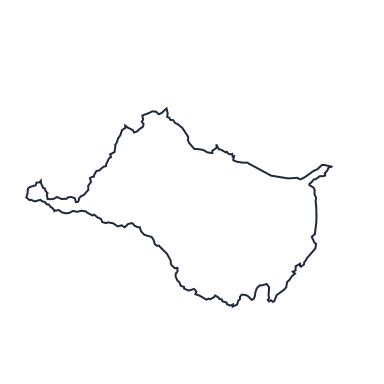 outline of Orocovis, Puerto Rico, rotated 37°
{"feature_id": "32010507B68011232458605", "entity_name": "Orocovis", "entity_type": "district", "adm_level": 2, "iso_a3": "PRI", "parent_name": "Puerto Rico", "parent_adm1": "", "projection": "orthographic", "projection_center": [-66.447, 18.221], "detail": "fine", "context": "isolated", "style": "outline", "palette": "slate", "viewbox_px": 384, "rotation_deg": 37, "n_neighbors": 0, "source": "geoboundaries", "source_scale": "gbopen_adm2", "svg_char_len": 3381}
<svg xmlns="http://www.w3.org/2000/svg" viewBox="0 0 384 384"><g transform="rotate(37 192 192)"><path d="M64.5,274.0L64.4,276.1L62.2,278.0L63.1,280.8L59.5,285.5L59.0,288.2L61.4,291.9L62.9,296.0L67.3,296.2L68.0,295.2L72.1,294.1L75.7,289.4L77.3,289.7L80.7,288.6L83.4,289.3L85.3,288.1L88.4,289.1L90.2,288.7L93.2,289.9L93.0,289.2L94.5,288.9L96.5,286.6L100.8,286.5L104.6,284.6L106.6,282.5L108.4,278.7L112.1,277.0L115.1,273.5L119.0,271.3L120.4,271.6L126.6,270.7L127.5,268.9L131.7,269.2L135.5,268.3L137.1,269.2L138.3,270.0L142.0,268.7L143.3,266.7L148.0,264.4L153.4,264.2L155.8,261.0L159.5,260.7L160.2,256.1L162.6,253.1L164.0,252.9L166.4,253.5L169.8,252.8L171.5,251.6L175.1,254.1L179.7,254.9L186.8,252.2L190.1,253.4L193.7,256.0L196.4,256.1L197.8,254.7L198.8,255.0L209.2,256.4L216.3,259.6L218.2,262.0L220.2,262.9L224.4,263.1L226.0,261.3L228.3,264.3L228.1,266.9L229.8,269.4L233.5,271.4L235.9,271.6L239.5,273.7L242.8,272.6L243.8,273.9L248.5,272.8L250.3,270.6L251.9,268.2L255.6,268.9L256.2,271.6L260.4,270.2L263.6,269.8L268.4,269.3L269.3,267.2L271.1,266.7L272.9,262.7L272.8,260.7L276.7,260.3L278.4,261.0L280.3,259.8L282.2,261.0L286.0,259.5L287.6,260.6L291.1,259.6L292.3,257.2L293.5,258.9L295.8,254.7L294.4,251.0L294.8,248.6L293.4,246.9L293.4,244.1L296.7,242.0L299.4,241.5L304.6,242.2L305.6,240.1L304.9,237.4L303.0,233.9L301.7,230.0L302.2,225.9L303.9,224.6L307.0,220.5L310.9,221.7L315.6,228.8L317.5,230.3L317.5,232.6L319.3,233.0L320.3,230.9L322.6,231.1L323.4,229.5L321.6,223.5L324.3,214.8L324.6,211.4L322.1,206.6L322.7,204.0L322.5,198.9L323.4,195.1L320.5,195.0L321.9,192.3L319.5,188.9L321.5,184.3L322.7,186.0L324.0,186.0L325.0,182.4L323.9,180.5L324.1,178.6L323.6,175.9L324.5,162.8L322.3,158.8L320.4,158.8L315.9,156.5L314.8,155.9L314.6,155.5L315.5,151.8L309.8,141.8L306.5,137.1L300.5,129.5L295.9,124.5L294.7,122.0L291.0,119.9L289.0,116.9L286.6,115.4L281.4,115.8L280.9,114.3L281.5,112.9L281.7,108.7L283.0,107.4L284.7,102.2L286.8,100.9L288.5,98.7L286.8,97.1L287.1,93.4L286.3,89.9L288.0,88.5L288.1,87.8L281.2,90.9L279.5,92.3L278.4,98.5L276.4,102.0L273.2,112.2L271.4,116.0L270.2,117.1L267.7,117.2L261.3,122.7L260.4,123.4L245.2,131.4L241.4,131.9L221.8,134.9L220.9,135.2L219.6,135.1L218.6,135.2L214.9,138.0L209.6,140.8L207.0,141.6L205.5,141.6L204.1,138.1L203.1,139.2L201.2,137.4L199.8,139.0L197.9,139.6L195.7,138.9L195.0,140.1L189.8,140.7L187.6,141.7L182.7,139.4L185.1,141.6L183.4,146.8L184.3,147.9L184.8,148.7L180.5,151.1L175.9,151.6L172.0,153.5L167.9,156.2L160.2,154.6L157.5,153.0L156.4,151.0L155.4,150.1L145.8,146.7L140.1,146.4L137.1,147.0L133.7,146.0L131.3,147.4L129.2,146.4L127.0,147.0L125.2,143.8L121.4,140.6L121.2,141.4L120.3,146.9L118.7,149.9L114.8,149.5L111.7,151.6L109.8,155.4L106.3,160.8L109.4,163.6L109.6,166.1L112.5,166.9L113.5,169.4L112.0,174.2L111.8,176.5L110.0,179.3L107.4,178.2L102.0,179.2L98.7,179.2L100.2,180.8L98.9,184.6L100.6,189.9L100.7,193.5L102.2,198.1L102.4,200.8L103.3,201.6L106.1,206.8L103.9,211.2L106.3,212.8L105.5,215.1L106.7,221.3L107.7,223.0L106.1,225.2L104.9,230.7L103.0,232.7L103.6,237.1L104.4,238.8L103.0,240.1L102.2,242.6L105.3,244.6L105.3,249.4L107.9,252.7L107.4,259.4L105.8,262.5L105.6,265.1L106.8,267.3L106.7,268.7L105.4,270.0L102.1,267.5L98.2,268.8L96.2,271.0L95.9,272.9L92.2,276.0L87.1,277.3L86.1,280.0L83.8,282.6L80.9,284.5L77.5,281.4L77.4,279.9L74.1,279.2L72.5,277.7L70.9,278.4L66.0,275.8L64.5,274.0Z" fill="none" stroke="#1e293b" stroke-width="2"/></g></svg>